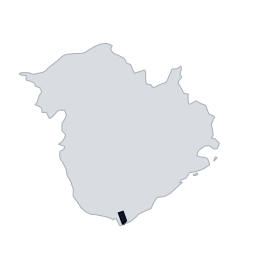 Sampov Lun, Batdâmbâng, Cambodia shown in context, rotated 251°
{"feature_id": "14789045B67419263387290", "entity_name": "Sampov Lun", "entity_type": "district", "adm_level": 2, "iso_a3": "KHM", "parent_name": "Cambodia", "parent_adm1": "Batdâmbâng", "projection": "natural_earth1", "projection_center": [102.379, 13.419], "detail": "fine", "context": "in_parent", "style": "filled", "palette": "ink", "viewbox_px": 256, "rotation_deg": 251, "n_neighbors": 0, "source": "geoboundaries", "source_scale": "gbopen_adm2", "svg_char_len": 3137}
<svg xmlns="http://www.w3.org/2000/svg" viewBox="0 0 256 256"><g transform="rotate(251 128 128)"><path d="M214.6,42.7L215.1,44.9L213.7,49.1L212.2,52.8L209.4,56.1L209.3,58.5L208.3,65.7L208.7,68.0L209.4,70.0L210.3,71.0L212.8,78.1L215.1,84.5L217.4,89.8L217.8,93.1L215.8,101.5L213.4,109.3L213.7,113.1L214.7,117.0L215.8,122.2L216.3,128.8L215.7,133.0L214.6,135.7L212.6,138.5L210.8,139.8L208.6,137.5L206.9,137.4L204.6,138.1L202.8,139.2L199.2,143.2L195.1,147.1L189.5,148.1L187.3,151.0L184.9,151.4L180.5,151.6L177.5,152.2L177.7,153.7L177.5,160.6L177.5,162.2L177.1,162.6L175.1,162.8L171.6,161.8L167.0,160.1L163.7,159.8L162.0,162.8L161.0,164.0L159.7,164.2L158.4,164.7L158.0,166.0L157.9,167.7L158.5,170.6L158.8,175.1L158.6,178.2L159.9,180.2L167.0,186.8L169.1,188.4L169.3,189.4L168.1,193.0L169.2,198.0L167.0,197.9L163.3,195.8L161.5,194.4L159.3,195.5L158.6,195.3L157.1,192.8L155.2,190.3L153.3,190.1L149.2,191.1L144.9,191.8L143.3,191.8L142.7,192.3L140.3,196.0L139.2,195.4L135.0,194.0L131.1,193.4L130.3,194.4L130.8,197.5L131.6,200.5L131.1,201.7L129.0,203.3L126.2,206.2L124.5,208.4L123.3,208.9L119.0,208.8L114.7,209.1L113.0,211.2L111.4,212.8L110.0,213.3L104.4,208.1L93.3,206.3L92.1,204.0L91.1,203.6L90.0,206.5L84.0,209.4L81.4,207.7L79.5,205.6L79.8,203.0L81.6,201.0L84.6,199.5L86.0,194.3L83.7,187.6L81.7,185.6L79.5,184.1L77.3,186.6L75.4,190.8L73.4,193.0L70.7,193.5L66.6,193.3L65.0,187.0L64.5,181.5L65.0,175.3L65.7,171.6L61.7,166.5L61.5,161.7L59.6,159.2L59.1,160.4L59.1,161.8L58.6,160.8L52.4,146.6L51.4,140.0L52.4,135.0L53.0,133.3L51.3,130.6L48.8,127.6L44.3,123.6L44.0,117.3L43.1,109.9L41.7,107.4L39.7,102.8L38.6,99.0L38.2,89.0L38.8,88.2L41.9,87.9L45.9,87.2L46.6,85.6L45.9,84.3L48.4,82.0L52.1,77.0L55.0,71.9L57.0,68.6L58.2,65.3L62.4,60.7L68.1,57.5L71.9,56.8L76.0,55.7L79.8,54.2L81.7,54.0L86.5,55.9L89.1,56.4L91.8,56.3L94.6,56.5L97.1,56.3L103.0,55.0L109.2,56.1L114.8,55.3L121.7,53.8L125.0,54.7L128.1,56.2L128.6,59.3L129.3,60.6L130.3,61.7L131.7,61.7L133.4,59.6L134.9,57.4L135.4,57.0L135.5,58.1L136.2,60.5L137.5,62.8L138.9,64.3L141.1,66.4L142.5,66.5L147.2,64.6L154.3,67.4L155.1,68.8L157.4,71.7L159.9,73.8L165.4,73.9L167.4,68.8L166.4,65.7L163.2,60.3L162.4,57.1L163.4,56.6L168.7,56.0L169.6,55.3L170.7,51.8L172.2,52.2L175.1,52.7L178.2,50.3L180.1,47.8L181.1,48.9L182.2,50.7L183.4,51.7L185.7,53.2L188.1,55.4L189.7,57.4L190.9,58.3L194.1,57.7L194.9,57.8L196.7,55.2L198.0,53.8L199.1,54.2L200.7,54.2L204.0,51.0L205.9,48.0L206.9,47.2L209.9,48.7L211.0,48.4L212.7,44.3L214.6,42.7ZM62.9,178.6L62.3,179.0L61.7,178.9L61.2,178.4L61.2,176.1L61.6,174.7L62.6,174.4L62.9,178.6ZM72.2,201.1L71.0,202.6L69.0,199.4L69.0,198.5L72.2,201.1Z" fill="#d9dde1" stroke="#a8b0b8" stroke-width="1"/><path d="M50.7,91.4L47.6,91.5L44.9,91.5L44.2,91.5L43.1,91.5L41.7,91.6L40.6,91.6L39.5,91.6L39.5,91.8L39.5,92.0L39.4,92.1L39.5,92.2L39.4,92.2L39.5,92.3L39.4,92.4L39.5,92.4L39.4,92.5L39.5,92.5L39.4,92.6L39.5,92.6L39.4,92.7L39.5,92.7L39.6,92.8L39.6,93.0L39.5,93.3L39.6,93.5L39.7,93.8L39.6,94.0L39.6,94.3L39.6,94.5L39.5,94.8L39.5,95.0L39.4,95.0L40.7,95.1L40.7,96.2L44.2,96.2L50.7,96.1L50.7,95.4L50.7,93.5L50.7,93.4L50.7,91.9L50.7,91.4Z" fill="#0f172a" stroke="#020617" stroke-width="1.5"/></g></svg>